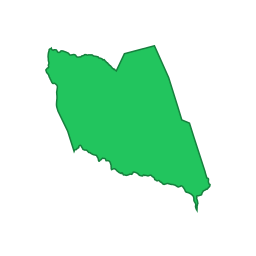 outline of Tilaran, Guanacaste, Costa Rica, rotated 163°
{"feature_id": "36466004B12916636175246", "entity_name": "Tilaran", "entity_type": "district", "adm_level": 2, "iso_a3": "CRI", "parent_name": "Costa Rica", "parent_adm1": "Guanacaste", "projection": "equal_earth", "projection_center": [-84.874, 10.487], "detail": "fine", "context": "isolated", "style": "filled", "palette": "green", "viewbox_px": 256, "rotation_deg": 163, "n_neighbors": 0, "source": "geoboundaries", "source_scale": "gbopen_adm2", "svg_char_len": 5592}
<svg xmlns="http://www.w3.org/2000/svg" viewBox="0 0 256 256"><g transform="rotate(163 128 128)"><path d="M190.0,164.5L186.6,142.6L186.4,121.4L185.9,122.0L185.4,122.7L184.6,122.7L184.1,122.5L183.7,122.5L183.4,122.7L183.1,122.8L182.7,123.3L182.4,123.4L181.7,123.4L180.9,123.6L180.7,123.9L180.6,124.4L180.5,124.7L180.2,125.0L179.3,125.4L178.6,125.4L178.4,125.2L178.1,124.6L177.9,123.4L177.6,122.5L177.4,121.3L177.3,120.7L177.1,120.5L176.2,119.9L175.8,119.5L174.7,119.2L174.0,118.8L173.9,118.6L172.7,116.1L172.3,115.8L171.3,115.5L171.2,115.4L171.2,114.9L170.6,114.3L170.3,113.9L169.0,112.7L166.3,111.1L166.1,110.7L166.0,110.1L165.8,109.2L165.8,108.9L165.5,108.2L165.5,106.7L165.7,106.0L165.6,105.4L165.6,104.9L165.3,104.7L165.0,104.7L164.2,105.4L163.2,105.5L162.5,106.0L161.9,106.2L161.5,106.5L161.3,106.6L160.7,106.3L160.4,106.1L159.4,105.8L159.0,105.5L158.7,105.1L158.6,104.7L158.6,103.4L158.5,103.1L158.2,103.1L157.6,102.8L156.9,102.8L156.2,102.4L155.7,101.8L155.3,101.2L155.1,99.9L155.1,96.9L155.5,95.9L155.6,95.0L155.9,94.3L155.9,93.0L155.5,93.0L154.6,93.2L153.6,93.2L152.8,93.0L152.5,92.8L152.4,92.5L151.8,91.8L151.5,91.3L151.0,90.1L150.8,89.9L150.6,89.5L150.2,89.1L149.6,88.1L149.1,87.6L148.4,87.1L147.9,86.5L147.4,87.0L146.6,86.6L146.1,84.5L144.9,84.1L144.0,83.5L143.5,83.2L142.9,83.1L140.7,83.1L140.4,83.3L139.5,83.3L138.3,82.7L137.8,82.6L137.6,83.0L137.4,83.3L136.4,83.6L136.1,83.9L136.0,84.2L135.3,84.2L134.4,83.7L133.0,82.7L132.0,81.5L131.7,81.1L131.6,80.6L130.9,79.5L130.3,79.0L128.9,78.2L128.2,77.9L127.9,77.9L127.5,78.4L127.3,78.4L126.6,78.5L126.4,78.3L126.0,77.8L125.3,77.7L124.2,77.2L123.6,76.7L122.7,76.3L121.4,76.4L120.2,76.3L119.9,76.2L119.6,75.9L119.3,75.2L119.2,75.0L119.1,74.8L119.0,74.5L117.7,73.1L117.5,72.3L117.5,71.0L117.5,70.9L117.2,70.9L117.0,70.7L116.3,69.5L116.0,69.2L115.4,68.9L114.1,68.9L113.6,68.6L113.2,67.9L113.0,67.2L112.7,66.9L112.5,66.6L112.1,66.5L111.9,66.1L111.6,65.6L111.5,65.3L110.8,64.0L110.5,64.0L110.0,63.5L106.6,63.5L106.0,63.2L105.8,63.1L105.4,62.9L105.1,62.5L104.6,62.4L104.3,62.1L104.1,61.9L103.9,61.9L103.7,61.7L103.2,61.4L102.8,61.3L102.6,61.3L102.4,61.1L101.4,60.8L100.6,60.1L99.8,59.7L99.6,59.6L99.5,59.3L98.8,58.6L98.4,58.1L98.2,58.0L98.1,57.7L97.9,57.6L97.6,57.2L97.3,56.9L95.0,56.9L94.7,57.2L94.0,57.2L93.7,57.0L93.6,56.8L93.4,56.7L93.1,56.1L92.8,55.8L92.6,55.3L92.5,54.8L92.3,54.4L92.1,53.6L91.9,52.8L91.8,52.5L91.7,51.4L91.6,50.5L91.4,50.3L91.4,50.1L91.1,49.7L90.9,49.7L90.7,49.4L89.9,49.0L89.6,48.7L89.4,48.7L87.2,46.6L86.2,45.1L86.0,44.6L85.7,44.1L85.5,43.6L85.5,42.1L85.6,41.9L85.6,41.3L85.7,40.7L86.1,40.0L86.1,38.2L85.9,37.7L85.8,37.4L85.7,37.2L85.7,36.9L85.6,36.6L85.6,34.8L85.7,34.5L86.3,33.6L86.5,32.5L86.5,31.3L86.4,30.8L86.4,29.9L86.2,29.7L86.1,29.2L85.4,31.2L85.2,31.7L84.9,32.8L84.4,33.7L84.2,33.9L83.9,34.7L83.2,35.5L83.1,37.1L82.9,37.6L82.9,39.2L83.0,39.5L83.1,40.3L83.0,40.6L82.6,41.0L82.3,42.5L82.0,42.9L81.3,42.9L80.5,42.6L77.3,42.6L77.1,42.7L76.6,43.6L75.7,44.7L74.7,45.4L74.3,45.9L72.6,46.0L72.4,46.1L71.4,46.6L71.1,46.6L70.7,46.3L70.4,46.3L69.9,46.5L68.7,47.3L68.3,47.7L67.7,47.8L67.2,48.1L66.9,48.4L66.1,49.8L66.1,50.0L66.8,50.7L66.9,50.9L66.9,52.2L66.9,52.9L66.6,53.8L66.0,55.4L66.0,56.0L66.3,56.5L66.7,56.9L67.2,57.1L67.3,57.3L67.3,57.8L67.2,58.0L67.2,58.7L67.2,62.5L67.1,63.3L67.1,64.2L67.7,100.0L67.8,114.7L74.2,120.0L74.2,133.8L74.4,164.3L78.7,198.9L109.7,200.1L122.5,186.0L123.6,187.6L123.6,187.8L123.7,188.2L124.5,188.2L124.6,188.6L124.7,188.9L125.4,189.6L125.6,190.3L125.8,190.5L125.9,191.0L126.3,191.7L126.4,192.2L127.0,193.1L127.5,193.4L127.5,193.8L127.7,194.2L127.7,194.4L128.0,194.9L128.4,195.4L128.5,196.2L129.2,196.8L129.5,197.4L129.6,197.8L130.3,199.0L130.7,200.1L130.9,200.4L132.0,200.3L132.1,200.6L132.3,201.2L132.5,201.5L132.9,202.0L134.3,203.0L135.1,203.2L135.2,203.4L135.5,204.0L135.7,204.3L135.8,204.8L136.2,205.1L136.8,205.3L137.5,205.8L138.2,206.1L140.0,207.0L140.6,208.0L141.0,208.4L144.4,209.5L145.5,209.6L145.9,209.7L146.4,210.2L146.8,210.5L147.9,210.8L148.1,210.8L148.3,210.7L148.6,210.6L149.1,210.3L151.4,210.4L151.8,210.1L152.0,209.9L152.4,209.9L152.9,209.9L153.9,210.2L155.0,210.3L156.0,210.8L156.2,211.3L156.7,212.2L156.7,212.7L157.1,213.1L157.1,213.3L157.5,213.7L158.6,214.2L161.5,214.5L162.4,215.0L162.6,215.7L162.7,215.9L163.0,216.7L163.4,217.3L164.7,218.3L165.1,218.8L165.9,219.3L166.5,219.8L167.3,220.3L167.5,220.6L168.6,221.1L169.4,221.3L169.6,221.3L170.2,221.0L170.5,220.7L171.3,220.4L171.7,220.4L172.9,220.9L173.1,221.2L173.2,221.8L173.6,223.3L173.7,223.5L174.0,223.8L175.6,224.4L176.6,224.4L176.8,224.2L177.6,224.8L178.0,225.5L178.0,226.8L178.8,226.4L179.9,226.4L180.5,226.0L181.0,224.8L182.1,223.2L182.5,222.3L182.7,221.9L183.2,220.6L183.7,219.2L183.7,218.6L184.5,215.6L184.5,214.3L184.6,213.3L185.1,212.3L185.5,211.9L185.9,211.3L185.9,211.0L185.9,210.0L186.2,209.3L186.7,208.9L187.5,208.9L187.8,208.7L188.2,208.4L188.6,208.2L188.9,208.0L189.1,207.9L189.5,207.6L189.6,207.3L189.6,205.0L189.5,204.8L189.5,204.6L189.3,204.2L189.2,204.0L189.0,203.6L188.5,202.3L188.4,201.7L188.4,199.8L188.3,199.3L188.1,198.6L188.1,197.6L187.7,196.0L187.7,195.3L187.5,194.2L187.5,193.9L187.0,192.7L186.0,192.3L185.2,192.3L185.0,192.1L184.4,191.3L183.6,189.9L183.4,189.3L183.4,188.5L183.5,188.2L183.8,187.1L184.2,186.4L184.2,186.2L184.6,185.6L184.7,185.1L185.2,184.3L185.4,183.7L185.6,183.5L186.0,182.3L186.1,181.3L186.4,180.6L186.4,180.2L186.5,179.6L187.1,177.6L187.2,177.3L187.5,176.4L187.9,175.7L188.3,174.6L188.7,173.7L188.9,173.1L189.5,171.5L189.7,170.4L189.9,170.1L189.9,169.3L189.9,169.2L189.9,168.7L190.0,168.6L190.0,164.5Z" fill="#22c55e" stroke="#15803d" stroke-width="1.5"/></g></svg>